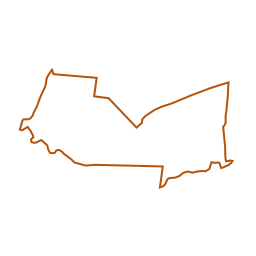 Sepang, Selangor, Malaysia (Mercator projection), rotated 96°
{"feature_id": "92858781B54424141725992", "entity_name": "Sepang", "entity_type": "district", "adm_level": 2, "iso_a3": "MYS", "parent_name": "Malaysia", "parent_adm1": "Selangor", "projection": "mercator", "projection_center": [101.701, 2.798], "detail": "fine", "context": "isolated", "style": "outline", "palette": "amber", "viewbox_px": 256, "rotation_deg": 96, "n_neighbors": 0, "source": "geoboundaries", "source_scale": "gbopen_adm2", "svg_char_len": 1652}
<svg xmlns="http://www.w3.org/2000/svg" viewBox="0 0 256 256"><g transform="rotate(96 128 128)"><path d="M183.8,90.0L182.1,86.7L179.4,84.8L176.0,83.9L173.9,82.7L173.0,79.3L172.4,75.7L170.2,71.7L166.9,68.4L166.1,66.7L165.2,64.8L165.2,62.4L165.6,60.2L165.6,58.6L164.5,56.2L164.1,54.8L163.5,52.3L163.1,50.2L162.9,46.3L160.2,42.8L153.3,41.4L153.4,40.0L153.6,38.1L153.0,35.5L153.0,33.6L154.4,32.8L158.1,31.2L157.2,29.1L155.8,26.8L154.0,23.5L152.6,22.7L152.3,22.0L150.6,20.9L149.9,20.6L149.8,21.7L149.6,23.2L150.4,24.8L150.8,27.1L148.3,27.8L146.0,28.2L143.5,28.6L137.3,29.3L116.9,33.5L114.7,32.1L113.3,31.6L112.1,31.5L105.4,32.2L101.9,32.0L99.9,32.0L97.3,32.0L95.3,32.0L93.0,32.0L90.7,32.0L88.1,32.0L72.2,32.8L74.7,38.8L79.7,50.2L88.6,68.0L99.2,87.4L103.7,97.5L107.2,103.5L114.4,112.1L117.9,114.7L121.4,114.7L126.7,119.5L100.4,150.4L100.0,165.0L81.4,164.4L82.2,205.2L82.2,207.7L80.7,208.5L78.0,209.6L78.2,209.8L77.9,209.7L85.0,213.4L87.7,214.1L92.2,214.3L95.1,214.7L98.0,215.5L101.1,216.7L105.6,218.2L109.3,219.2L112.7,220.0L116.0,220.8L119.3,222.1L122.8,223.5L125.7,224.1L128.5,226.0L129.8,228.2L130.0,230.3L130.4,232.9L131.8,233.8L140.9,235.4L141.3,232.6L140.6,232.1L138.6,229.4L137.4,227.8L139.4,226.2L141.3,224.3L143.5,223.1L145.4,221.7L147.2,221.2L148.4,222.5L149.7,223.3L152.1,222.5L152.6,219.8L151.9,217.5L150.5,215.5L149.1,213.0L150.3,211.0L152.3,208.5L153.6,206.5L156.4,205.6L158.9,204.4L160.8,203.0L161.0,200.3L160.1,197.9L158.1,197.2L157.1,195.4L157.3,193.3L158.7,190.9L160.6,188.8L162.0,186.2L163.4,184.1L164.7,181.6L166.3,179.6L167.9,177.5L169.8,166.2L168.1,157.1L162.6,89.4L183.8,90.0Z" fill="none" stroke="#b45309" stroke-width="2"/></g></svg>